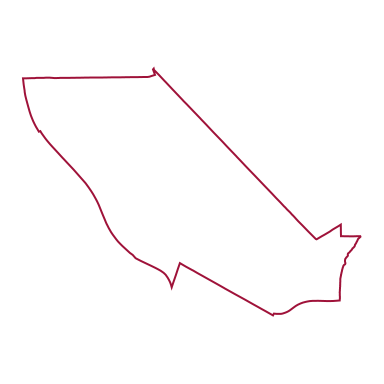 the district of Vincent, Western Australia, Australia
{"feature_id": "25037944B82328591625586", "entity_name": "Vincent", "entity_type": "district", "adm_level": 2, "iso_a3": "AUS", "parent_name": "Australia", "parent_adm1": "Western Australia", "projection": "natural_earth1", "projection_center": [115.863, -31.931], "detail": "fine", "context": "isolated", "style": "outline", "palette": "rose", "viewbox_px": 384, "rotation_deg": 0, "n_neighbors": 0, "source": "geoboundaries", "source_scale": "gbopen_adm2", "svg_char_len": 4513}
<svg xmlns="http://www.w3.org/2000/svg" viewBox="0 0 384 384"><path d="M325.4,234.2L323.3,235.4L322.5,235.8L316.6,239.3L315.8,239.0L311.4,234.6L308.2,231.4L302.4,225.4L298.6,221.6L298.3,221.3L295.9,218.7L295.3,218.0L294.4,217.0L292.7,215.2L292.2,214.8L290.1,212.4L287.5,209.9L286.6,209.0L286.4,208.7L284.8,207.0L284.2,206.5L280.4,202.4L276.1,198.0L271.9,193.5L264.4,185.7L258.0,179.0L255.9,176.8L250.2,170.9L245.6,166.1L241.0,161.2L236.6,156.6L236.3,156.2L235.6,155.5L230.9,150.6L226.6,146.1L222.7,141.9L217.0,136.0L214.0,132.9L213.9,132.8L207.5,126.0L206.4,124.8L201.0,119.2L200.5,118.6L198.0,116.0L193.0,110.8L186.6,104.1L185.3,102.8L183.3,100.8L182.9,100.3L173.8,90.7L173.6,90.5L173.3,90.2L165.5,81.9L165.1,81.5L164.7,81.1L158.9,74.9L154.0,69.9L153.7,68.6L153.0,69.4L155.0,74.9L150.6,76.3L149.5,76.7L147.4,77.0L144.3,77.0L138.5,77.1L132.9,77.1L128.5,77.2L127.0,77.2L126.8,77.2L121.4,77.3L115.8,77.3L113.5,77.3L109.5,77.4L103.3,77.5L98.4,77.5L96.5,77.5L85.7,77.6L80.8,77.7L65.4,77.9L59.6,77.9L59.2,78.0L58.2,78.0L54.7,78.1L52.5,77.9L51.4,77.8L51.1,77.8L50.6,77.8L50.3,77.7L47.4,77.7L45.6,77.7L44.3,77.8L43.8,77.9L43.5,77.9L36.3,77.9L34.9,78.1L32.7,78.1L26.9,78.3L23.0,78.3L23.7,84.7L23.8,85.4L24.3,88.7L24.6,90.6L24.7,92.0L25.0,93.8L25.3,95.5L25.7,97.2L26.1,98.8L26.4,100.0L26.8,101.4L27.2,102.9L28.4,107.3L29.0,109.4L29.5,111.2L30.1,113.1L31.0,115.8L32.2,118.8L33.2,121.2L34.7,124.3L36.0,126.8L37.2,128.8L38.5,131.0L38.9,131.7L40.3,131.1L41.7,133.4L45.3,138.4L46.8,140.3L47.2,140.8L49.9,144.0L52.7,147.1L56.3,151.0L62.8,158.1L63.4,158.7L67.3,162.9L73.6,169.6L85.5,183.1L88.5,187.2L91.3,191.3L93.2,194.3L94.1,195.9L95.9,199.1L97.4,202.0L98.8,205.0L101.5,211.7L102.9,215.1L104.8,219.6L106.1,222.8L106.3,223.2L106.9,224.5L107.1,224.8L107.3,225.2L108.7,228.0L111.1,232.2L112.8,234.7L116.3,239.4L118.0,241.5L120.2,243.8L122.4,246.0L129.9,252.9L132.7,254.9L135.6,258.2L136.9,258.9L141.0,261.0L147.1,263.9L150.7,265.6L155.4,267.9L157.9,269.2L160.6,270.7L163.6,272.8L165.6,274.7L167.7,277.7L169.1,280.2L170.2,282.5L171.0,284.8L171.7,287.3L173.1,283.1L175.8,275.3L177.7,269.5L179.9,263.1L183.6,265.3L186.0,266.7L192.6,270.3L192.9,270.4L196.8,272.7L199.1,274.0L202.0,275.6L205.9,277.8L216.1,283.5L219.3,285.3L224.4,288.2L224.5,288.3L229.7,291.2L234.9,294.1L240.2,297.0L245.1,299.7L251.8,303.5L254.1,304.8L257.9,306.9L261.8,309.1L265.6,311.2L273.0,315.4L273.9,313.6L275.8,313.8L277.0,313.9L278.3,313.9L279.7,313.9L281.5,313.8L282.8,313.5L284.0,313.1L285.2,312.7L286.9,312.0L288.3,311.3L289.6,310.5L291.1,309.4L294.3,307.0L296.0,305.8L297.9,304.7L300.5,303.5L302.9,302.6L305.2,302.0L306.9,301.6L309.7,301.1L312.3,300.9L314.8,300.9L317.5,300.8L321.4,300.9L325.0,301.0L327.6,301.1L333.0,301.0L339.7,300.5L339.8,299.2L339.8,298.9L339.9,298.6L339.9,298.2L339.9,297.3L339.9,297.0L339.9,296.7L339.9,296.1L339.8,295.8L339.8,294.2L339.8,293.6L339.8,293.3L339.8,293.0L339.7,292.6L339.7,292.3L339.8,292.1L339.8,291.6L339.8,291.3L339.8,291.0L339.9,290.8L339.9,290.5L339.9,289.8L339.9,289.5L340.0,288.7L340.0,288.4L340.0,288.2L340.0,287.9L340.0,287.6L340.0,287.3L340.1,287.0L340.2,285.8L340.1,285.6L340.1,285.0L340.2,284.7L340.2,284.4L340.2,284.2L340.2,283.6L340.2,283.3L340.2,282.8L340.2,282.4L340.3,282.1L340.3,280.5L340.3,278.8L340.4,278.4L340.8,276.3L340.9,275.8L341.0,275.5L341.0,274.9L341.1,274.7L341.1,274.4L341.3,273.9L341.4,273.3L341.4,273.1L341.5,272.8L341.9,271.2L342.2,269.6L342.4,269.1L342.8,267.5L342.9,267.3L343.2,266.6L343.3,266.1L343.4,265.8L343.5,265.6L343.7,265.4L343.8,265.2L344.2,264.8L344.5,264.7L344.9,264.4L345.1,264.2L345.3,263.8L345.3,263.5L345.4,263.2L345.3,262.7L345.1,262.1L345.0,261.3L345.0,260.9L345.0,260.6L345.1,259.7L345.2,259.4L345.2,259.2L345.3,259.0L345.4,258.7L345.6,258.5L346.3,257.5L346.5,257.3L346.6,257.1L347.2,256.6L347.4,256.4L347.8,255.8L347.9,255.5L347.9,255.2L347.8,254.7L347.8,254.2L348.0,253.6L348.1,253.4L349.3,252.5L349.9,251.8L350.0,251.6L350.2,251.4L350.4,251.2L350.5,251.0L350.7,250.8L350.9,250.6L351.1,250.5L351.7,249.8L351.8,249.6L351.9,249.4L352.1,249.2L352.4,248.7L352.5,248.4L352.9,248.1L353.4,247.7L354.5,246.5L354.7,246.1L354.9,245.3L355.0,245.0L355.0,244.8L355.3,244.3L355.5,244.1L355.8,243.6L356.0,243.3L356.1,243.1L356.5,242.3L356.7,241.8L357.1,241.2L357.9,239.4L358.0,239.1L358.4,238.6L358.6,238.5L358.8,238.3L359.1,238.1L360.7,236.5L360.8,236.3L361.0,236.2L357.0,236.2L354.2,236.3L349.0,236.3L341.0,236.2L340.9,232.8L340.9,232.1L340.8,224.6L340.5,224.8L338.5,226.1L332.6,229.6L329.8,231.6L326.9,233.3L325.4,234.2Z" fill="none" stroke="#9f1239" stroke-width="2"/></svg>